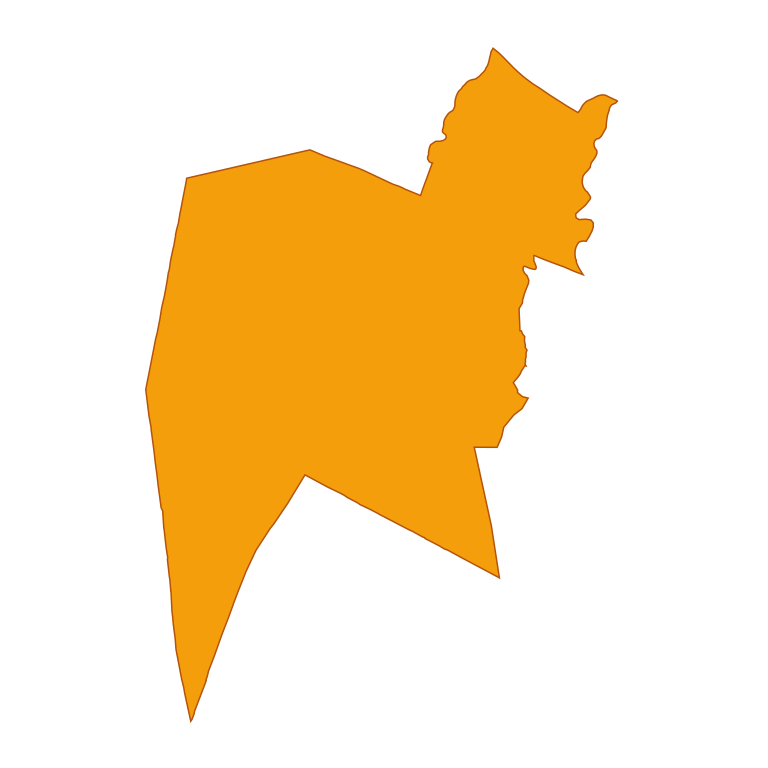 Santa Lucía Ocotlán, Oaxaca, Mexico (Mercator projection), rotated 89°
{"feature_id": "50627088B69652036607409", "entity_name": "Santa Lucía Ocotlán", "entity_type": "district", "adm_level": 2, "iso_a3": "MEX", "parent_name": "Mexico", "parent_adm1": "Oaxaca", "projection": "mercator", "projection_center": [-96.672, 16.727], "detail": "fine", "context": "isolated", "style": "filled", "palette": "amber", "viewbox_px": 768, "rotation_deg": 89, "n_neighbors": 0, "source": "geoboundaries", "source_scale": "gbopen_adm2", "svg_char_len": 4781}
<svg xmlns="http://www.w3.org/2000/svg" viewBox="0 0 768 768"><g transform="rotate(89 384 384)"><path d="M579.9,272.0L528.7,279.0L528.3,279.0L502.3,284.2L495.8,285.5L490.7,286.5L476.4,289.4L472.1,290.2L468.9,290.9L459.6,292.7L457.6,293.1L448.8,294.9L449.0,285.5L449.3,272.0L438.9,267.3L429.3,265.0L417.2,254.7L411.0,246.4L400.6,240.1L399.1,245.8L394.9,250.7L392.5,250.5L387.4,253.2L385.0,254.7L383.2,253.3L380.0,250.4L376.7,247.9L373.2,246.2L369.9,244.0L368.1,242.9L368.5,241.7L366.4,242.6L364.2,242.1L362.0,242.2L360.2,241.7L358.5,241.4L356.3,241.5L354.5,241.2L352.7,240.4L349.8,242.2L347.7,242.0L343.2,242.8L339.0,242.5L336.5,244.5L333.3,245.8L333.2,247.1L314.1,247.6L310.9,247.6L305.5,244.2L302.7,244.0L296.2,242.0L293.3,240.9L285.9,237.8L282.7,237.4L278.2,239.1L276.1,241.2L272.9,242.9L271.0,242.9L269.1,242.5L268.7,241.4L269.5,239.4L271.0,235.9L271.5,234.0L272.1,231.1L271.6,230.2L270.4,229.8L268.9,229.9L263.4,232.0L259.4,232.0L258.4,231.9L258.2,231.9L258.3,231.5L258.3,230.9L260.8,225.4L263.0,220.1L268.4,206.4L269.4,203.7L270.0,202.1L270.1,201.9L274.7,191.8L278.2,183.0L271.8,186.9L268.6,188.4L266.6,189.2L265.2,189.6L263.8,189.5L261.8,190.4L257.7,190.8L254.0,190.6L250.6,189.7L247.3,188.0L245.3,186.3L245.1,185.0L244.5,182.6L244.8,179.3L240.0,176.2L234.5,173.3L230.7,172.0L226.4,172.0L223.6,174.3L222.7,179.5L223.0,186.2L221.0,189.1L217.4,189.4L214.2,186.0L208.8,179.5L206.1,177.3L202.8,174.7L201.0,174.2L199.1,175.1L195.8,177.2L194.1,179.1L190.6,181.3L186.4,182.3L182.4,182.0L179.4,181.3L177.2,179.7L174.2,176.7L171.0,174.0L169.0,173.7L166.5,172.9L162.0,169.6L160.2,168.4L157.0,167.1L154.5,167.1L152.3,168.6L150.0,169.7L147.0,169.9L144.4,169.1L142.7,167.1L142.3,164.9L140.5,162.8L139.0,161.8L136.3,160.1L133.8,158.7L131.8,157.5L125.9,157.0L125.5,156.9L119.7,156.0L114.9,154.3L111.3,153.4L108.9,151.6L107.0,147.4L105.2,145.7L104.4,146.8L103.6,148.7L102.6,150.6L101.5,152.9L100.3,155.2L99.2,157.4L98.8,159.5L98.8,159.9L98.8,161.8L99.5,164.7L100.5,167.2L101.7,169.2L102.5,171.0L103.8,174.2L105.1,176.9L108.3,180.1L110.7,181.7L112.7,182.6L116.0,185.3L109.6,195.8L107.0,199.7L98.7,212.2L97.7,213.7L91.4,222.5L86.5,229.9L80.1,238.2L74.5,244.4L70.4,248.6L59.2,259.2L54.8,263.6L50.2,269.1L53.6,271.1L56.4,271.8L57.4,272.0L61.0,273.0L62.6,273.3L65.8,274.3L67.9,275.2L69.6,276.4L72.0,277.5L73.6,278.9L76.4,281.8L78.0,283.3L79.0,284.8L79.8,285.8L80.8,287.7L81.1,289.8L81.6,291.9L82.2,293.5L83.3,295.3L84.6,296.7L86.4,298.3L87.8,300.0L89.5,301.1L90.1,301.5L90.5,301.9L91.6,303.2L93.0,304.5L94.7,305.5L96.9,306.5L98.7,307.1L101.2,307.8L103.1,308.1L104.9,308.2L106.6,308.2L108.0,308.5L109.8,309.3L111.2,310.1L112.1,310.9L112.6,312.0L113.7,313.8L115.6,315.7L117.9,317.3L120.4,318.8L123.0,319.6L125.7,319.8L127.7,320.0L129.0,320.4L130.6,320.9L132.0,321.2L133.1,321.0L134.3,320.0L135.2,318.7L136.2,317.9L137.5,317.5L139.2,317.7L140.6,318.9L141.7,321.1L142.3,323.8L142.2,326.2L142.3,328.2L143.2,329.6L145.6,333.2L148.5,334.5L153.6,335.5L155.4,335.4L157.4,336.3L158.6,336.5L160.1,336.3L162.6,334.8L163.7,332.9L163.9,331.7L164.8,332.2L180.1,338.1L181.9,338.8L183.6,339.5L188.1,341.2L190.9,342.3L191.4,342.4L196.2,344.2L189.1,360.6L188.4,361.7L187.6,363.4L186.6,365.4L185.5,368.5L184.4,371.6L170.5,399.9L167.9,405.6L163.4,417.6L163.1,418.2L155.2,439.1L148.6,454.0L174.8,577.7L178.9,578.4L192.9,581.4L206.8,584.3L209.1,584.9L220.2,586.9L220.8,587.1L222.6,587.7L226.2,588.7L231.5,589.9L232.6,589.8L235.5,590.5L242.7,591.8L244.0,592.3L251.0,593.9L253.5,594.5L258.8,595.6L261.8,596.0L266.7,596.9L268.5,597.6L276.3,598.9L283.2,600.2L291.6,601.9L303.6,604.9L315.5,607.0L329.5,610.0L334.8,611.5L342.3,613.1L373.3,619.7L379.6,621.1L385.5,622.3L412.1,619.5L423.1,617.7L425.5,617.6L447.4,615.1L459.2,614.0L470.7,612.6L480.6,611.7L487.4,610.9L503.8,609.0L506.3,607.9L506.9,607.5L524.2,606.7L525.6,606.4L545.3,604.5L553.7,603.3L555.7,603.6L573.8,601.9L574.9,601.6L587.4,600.8L587.7,600.6L603.3,600.1L607.3,600.0L613.8,599.3L615.8,599.2L621.2,598.8L635.2,597.2L645.7,596.6L663.0,593.6L674.2,591.7L675.4,591.5L683.7,589.6L687.0,589.1L688.4,588.9L692.7,588.1L717.8,583.1L715.9,581.8L710.4,579.6L708.1,579.2L677.7,567.0L677.5,567.3L674.3,566.2L672.4,565.6L668.1,564.5L651.9,558.0L642.8,554.6L631.6,550.4L615.1,543.7L603.4,539.2L601.4,538.5L589.6,533.8L587.2,532.8L569.0,525.2L550.8,516.3L547.7,514.7L526.4,500.3L522.2,496.8L501.4,482.2L473.5,464.6L485.8,442.6L488.2,438.0L492.5,429.4L494.2,426.4L495.1,425.0L495.9,423.9L497.0,422.3L498.3,419.9L499.1,418.5L499.8,417.2L500.5,415.8L501.3,414.4L502.1,413.0L502.9,411.6L504.0,410.4L508.5,401.3L508.7,400.9L513.1,392.7L514.5,390.5L519.1,382.0L530.8,360.4L531.4,358.9L537.3,348.6L537.7,347.9L538.3,346.0L539.2,345.7L546.8,331.5L547.4,330.6L550.0,326.5L551.0,323.6L560.3,307.2L579.5,272.6L579.9,272.0Z" fill="#f59e0b" stroke="#b45309" stroke-width="1.5"/></g></svg>